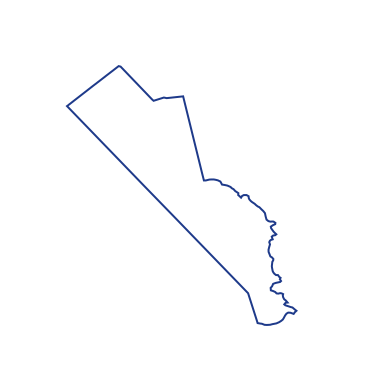 Vale do Paraíso, Rondônia, Brazil (Natural Earth projection), rotated 122°
{"feature_id": "56859067B34795168370619", "entity_name": "Vale do Paraíso", "entity_type": "district", "adm_level": 2, "iso_a3": "BRA", "parent_name": "Brazil", "parent_adm1": "Rondônia", "projection": "natural_earth1", "projection_center": [-62.069, -10.363], "detail": "fine", "context": "isolated", "style": "outline", "palette": "blue", "viewbox_px": 384, "rotation_deg": 122, "n_neighbors": 0, "source": "geoboundaries", "source_scale": "gbopen_adm2", "svg_char_len": 1761}
<svg xmlns="http://www.w3.org/2000/svg" viewBox="0 0 384 384"><g transform="rotate(122 192 192)"><path d="M115.6,250.2L125.8,263.2L126.8,265.9L135.0,272.9L134.7,274.7L123.5,319.0L124.1,320.9L138.9,326.4L146.8,329.3L154.5,332.2L169.3,337.6L185.4,343.5L212.1,236.2L222.4,194.3L248.1,90.8L266.9,68.6L268.4,66.9L267.4,64.4L266.7,62.9L266.2,60.1L265.1,58.1L263.2,55.4L261.4,53.7L258.7,50.8L256.2,49.1L253.9,48.0L252.0,47.4L250.4,47.4L247.3,47.6L245.1,47.4L243.3,46.5L242.2,44.5L241.5,41.2L239.5,41.1L237.4,40.5L237.1,43.0L236.7,45.6L237.2,47.1L238.6,52.8L238.4,54.2L236.3,53.9L235.1,52.4L234.3,55.0L234.1,57.0L232.9,59.0L231.7,60.1L230.3,60.6L230.5,62.3L231.1,63.7L232.4,64.9L233.2,66.6L232.7,68.3L233.0,70.7L233.6,73.0L231.6,74.5L229.6,74.1L226.9,74.5L224.8,72.9L221.6,69.6L220.3,69.3L219.4,71.3L217.9,71.4L217.8,72.9L216.9,75.1L217.9,76.7L217.7,78.7L217.1,80.4L216.3,81.7L213.7,84.1L212.6,85.0L211.1,85.7L208.6,86.9L207.0,86.9L205.7,87.5L205.1,89.4L205.1,91.4L203.6,93.4L202.2,95.3L200.4,96.5L198.0,97.3L195.1,98.1L193.6,99.9L192.0,100.1L190.7,99.6L189.4,98.5L187.6,100.7L185.9,100.1L184.5,98.5L183.2,98.1L182.9,99.7L182.4,101.8L180.8,105.7L179.6,106.8L177.1,105.7L175.2,104.4L174.0,104.9L173.9,107.2L174.7,108.6L175.6,109.8L176.2,111.8L175.9,114.2L173.9,116.4L171.3,118.9L170.4,121.4L169.9,123.9L169.2,126.8L169.4,128.5L169.2,130.6L168.8,132.6L168.7,135.8L168.5,137.3L167.9,139.4L167.1,140.6L165.6,141.8L165.7,144.1L167.1,146.4L168.8,147.4L170.8,147.4L170.3,149.8L170.1,151.2L168.4,152.1L168.3,155.8L167.6,158.2L167.7,160.3L167.3,162.0L167.8,165.4L168.7,167.9L169.8,170.5L168.8,172.2L168.1,173.5L168.4,176.2L169.0,178.1L169.7,179.9L171.0,182.1L172.3,183.9L175.0,186.5L175.9,188.0L171.8,192.3L115.6,250.2Z" fill="none" stroke="#1e3a8a" stroke-width="2"/></g></svg>